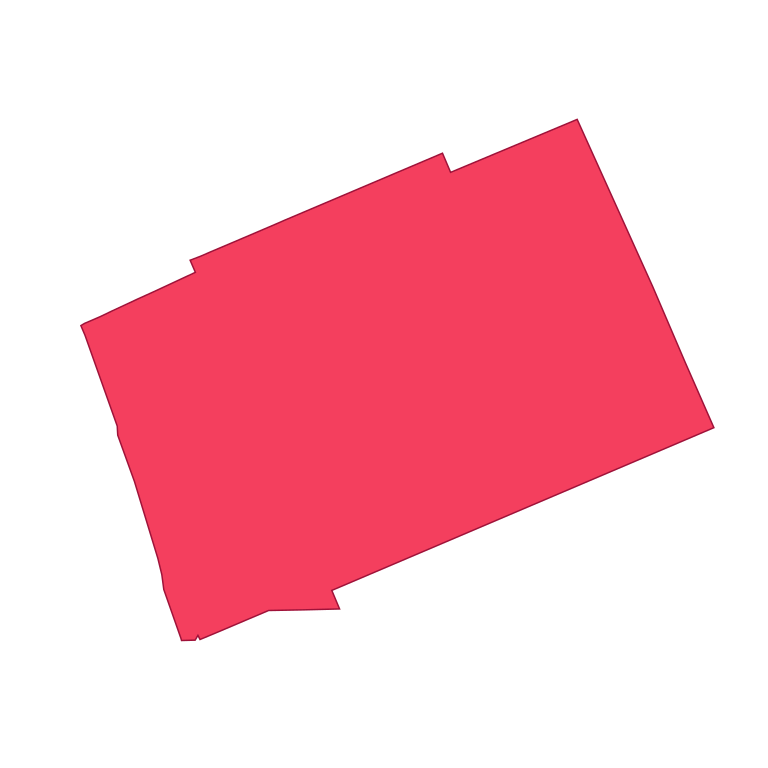 outline of Broward, Florida, United States of America, rotated 157°
{"feature_id": "52423323B57626365826979", "entity_name": "Broward", "entity_type": "district", "adm_level": 2, "iso_a3": "USA", "parent_name": "United States of America", "parent_adm1": "Florida", "projection": "equal_earth", "projection_center": [-80.306, 26.156], "detail": "fine", "context": "isolated", "style": "filled", "palette": "rose", "viewbox_px": 768, "rotation_deg": 157, "n_neighbors": 0, "source": "geoboundaries", "source_scale": "gbopen_adm2", "svg_char_len": 706}
<svg xmlns="http://www.w3.org/2000/svg" viewBox="0 0 768 768"><g transform="rotate(157 384 384)"><path d="M98.3,285.6L98.6,367.9L98.6,368.3L102.8,552.1L240.0,552.8L240.0,573.6L411.3,573.6L417.0,573.5L457.1,573.4L491.5,573.4L503.0,573.3L514.1,573.7L514.0,560.5L548.5,559.3L560.7,558.9L577.3,558.5L606.1,557.5L618.7,556.9L618.8,556.9L635.9,556.8L640.2,556.2L640.2,545.5L646.0,449.5L648.1,443.7L649.1,440.9L651.8,391.8L660.3,311.8L663.0,295.3L667.0,280.9L670.3,229.3L670.6,227.0L657.9,222.0L653.5,225.3L653.2,220.7L638.4,220.6L603.1,220.6L602.8,220.6L602.7,220.6L578.7,220.6L546.2,207.5L512.8,194.3L512.7,214.4L512.3,214.4L97.4,214.9L98.3,285.6Z" fill="#f43f5e" stroke="#9f1239" stroke-width="1.5"/></g></svg>